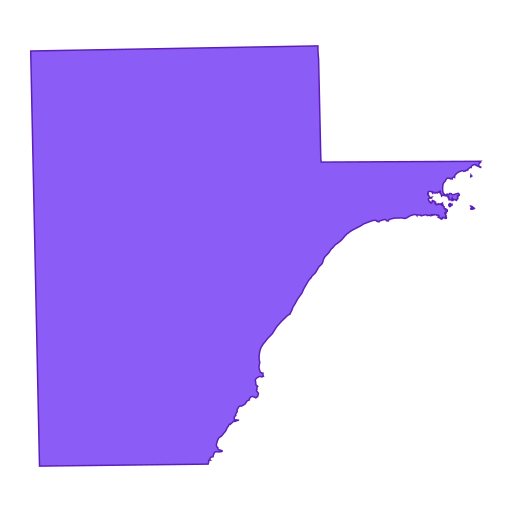 the district of Escalante, Chubut, Argentina
{"feature_id": "61730980B51244903644877", "entity_name": "Escalante", "entity_type": "district", "adm_level": 2, "iso_a3": "ARG", "parent_name": "Argentina", "parent_adm1": "Chubut", "projection": "albers", "projection_center": [-67.016, -45.339], "detail": "fine", "context": "isolated", "style": "filled", "palette": "violet", "viewbox_px": 512, "rotation_deg": 0, "n_neighbors": 0, "source": "geoboundaries", "source_scale": "gbopen_adm2", "svg_char_len": 6127}
<svg xmlns="http://www.w3.org/2000/svg" viewBox="0 0 512 512"><path d="M30.7,51.0L39.5,466.1L208.1,464.1L208.7,462.0L208.7,460.4L209.4,460.1L210.3,460.1L209.9,459.7L209.9,458.8L210.2,458.1L210.9,457.2L213.1,456.7L213.3,455.3L214.1,453.2L214.7,452.3L215.8,451.7L218.2,451.9L221.2,451.7L222.2,451.1L221.9,450.6L218.5,449.6L217.9,448.9L217.9,447.7L216.8,446.8L216.4,445.2L216.4,444.3L217.5,440.6L218.5,438.4L219.1,437.5L221.0,436.5L221.7,435.8L225.8,430.8L227.3,427.4L228.3,426.3L229.1,424.4L229.7,424.0L230.2,424.4L233.9,421.0L234.4,420.9L234.7,421.4L236.3,421.0L236.8,420.5L238.0,420.4L238.4,420.2L238.5,419.4L238.4,420.1L237.9,420.4L236.5,420.3L236.6,419.9L235.9,419.9L235.9,420.2L234.8,420.1L234.4,419.2L234.2,417.8L234.7,416.4L235.8,415.6L235.6,414.6L235.8,414.0L237.2,411.6L237.1,410.8L237.1,409.9L238.7,406.9L240.0,406.0L241.6,406.1L245.0,404.1L247.2,400.8L249.3,400.0L249.6,398.3L251.2,396.7L252.3,396.4L255.1,397.4L255.8,397.9L256.4,397.5L256.6,397.0L257.7,396.6L258.0,394.7L258.4,394.1L258.4,393.8L258.1,392.7L256.7,391.2L256.5,390.1L257.0,389.4L256.8,387.8L257.7,386.3L256.4,385.3L255.8,384.4L255.7,382.0L255.3,380.8L255.4,379.9L256.2,378.4L259.1,376.5L259.7,376.4L261.9,377.0L262.9,376.3L263.4,376.3L262.9,374.6L263.0,373.2L261.9,373.2L261.6,372.7L260.4,372.3L259.8,370.9L259.0,367.7L259.2,365.0L259.8,362.5L259.1,358.9L259.2,354.9L259.8,351.3L260.3,349.4L261.5,346.6L263.5,343.6L265.1,341.8L267.3,338.8L272.4,333.6L276.7,326.7L281.3,321.5L287.4,315.6L289.3,314.4L289.9,314.2L292.3,309.1L292.9,307.1L295.1,303.7L297.8,298.7L301.8,293.3L304.0,288.4L308.3,281.0L309.6,279.2L311.0,277.9L311.9,276.2L315.5,272.7L318.9,266.8L321.6,264.2L322.5,262.9L323.5,259.3L324.8,256.9L328.9,252.6L331.0,249.3L332.8,247.7L335.4,244.6L337.4,243.4L341.2,240.3L343.9,237.3L344.3,236.4L345.5,235.6L346.7,234.0L348.3,233.1L349.3,232.1L352.6,230.0L361.1,225.6L363.7,223.9L371.6,220.9L374.6,220.2L376.2,220.5L376.7,221.1L377.5,221.1L377.5,221.5L377.8,221.7L379.1,221.8L379.5,221.1L380.6,220.6L384.5,219.5L385.6,219.6L386.4,220.7L388.0,220.9L387.9,220.7L388.6,220.0L390.6,219.0L394.6,218.1L401.7,217.9L404.7,218.5L406.5,218.0L410.5,215.6L414.3,214.5L416.6,214.9L417.0,215.6L417.1,215.2L417.5,215.0L419.5,215.0L420.9,215.3L420.8,215.6L421.3,215.8L425.7,214.7L426.5,214.9L427.0,215.5L427.4,215.5L427.4,215.3L427.9,215.1L428.5,215.4L430.0,215.3L430.4,215.7L431.0,215.7L431.2,215.3L431.8,215.0L431.7,214.7L432.3,214.8L432.4,215.2L432.6,215.1L432.5,214.8L432.7,214.6L433.9,215.1L434.2,214.9L434.2,214.6L434.6,214.6L436.5,214.8L436.7,215.0L436.9,215.5L437.6,215.7L437.8,215.7L437.7,215.2L438.0,215.1L438.8,215.4L439.1,216.0L438.9,216.4L438.9,217.2L438.5,217.4L440.2,218.2L440.5,218.1L440.8,218.9L441.2,219.0L441.7,218.5L442.0,218.9L442.5,218.1L442.5,217.5L443.0,217.4L443.7,217.8L444.2,217.7L445.1,218.2L445.4,218.1L445.4,218.4L446.3,218.3L446.5,217.6L445.6,216.6L446.1,216.3L445.9,215.8L446.1,215.3L445.0,213.9L445.4,213.6L445.0,213.6L444.9,212.8L445.6,212.2L446.0,212.4L446.2,212.2L446.0,211.9L447.0,211.5L446.8,211.2L447.3,210.8L447.3,210.0L446.3,210.3L445.7,210.0L445.4,209.5L446.0,209.0L445.9,208.8L444.4,208.7L444.1,207.5L444.2,206.8L443.0,205.9L442.9,205.0L442.0,205.5L441.5,205.1L441.3,204.6L441.5,204.3L442.0,204.4L442.3,204.1L442.4,203.1L441.6,203.6L441.0,204.3L440.2,203.9L440.1,204.0L440.5,204.3L439.5,204.1L439.2,204.2L438.6,203.7L438.0,204.3L437.4,204.1L436.8,204.7L436.6,204.4L436.0,204.5L435.8,204.3L435.8,203.8L435.4,203.9L435.0,203.6L435.2,202.5L435.5,202.5L435.6,202.2L434.4,201.6L433.9,200.9L433.1,201.0L432.6,200.4L432.3,200.5L432.5,201.2L432.3,201.9L431.9,202.5L431.1,202.2L431.4,202.8L430.8,203.1L430.4,202.2L429.4,201.9L429.0,200.6L428.4,199.9L428.4,198.8L429.7,198.2L431.4,198.1L431.3,197.8L431.7,197.3L430.3,197.7L429.1,196.5L428.9,195.6L428.5,195.4L428.2,194.6L427.8,194.6L427.7,193.9L428.1,193.6L427.7,193.4L427.8,193.0L428.1,192.6L428.3,191.8L430.1,191.3L431.8,191.8L432.7,193.1L432.8,192.7L432.6,192.8L432.6,192.5L432.8,192.0L433.7,192.2L433.8,192.6L434.4,192.9L435.4,193.1L436.0,192.6L437.2,192.9L437.3,192.3L438.2,192.5L440.0,191.0L440.3,191.2L440.3,192.0L439.7,192.6L440.3,193.1L441.2,194.5L441.6,196.1L442.0,195.7L441.8,195.6L442.0,195.3L442.9,195.2L445.4,195.8L446.7,195.7L446.8,196.0L447.3,195.9L448.5,196.6L448.9,197.4L448.2,197.8L448.9,198.2L448.9,199.3L449.1,199.9L450.0,199.6L450.7,199.9L451.8,199.8L452.0,200.0L452.0,200.6L452.6,200.5L451.8,199.0L452.1,198.0L452.4,198.8L453.5,199.3L453.7,199.8L455.2,199.6L455.8,200.1L456.2,199.8L456.5,200.3L456.7,200.1L456.6,199.6L457.0,199.0L457.6,199.0L457.9,198.4L457.9,197.9L457.5,197.4L457.4,197.0L457.8,196.6L457.5,196.4L457.5,196.0L458.6,195.7L458.6,195.2L459.0,194.9L459.3,195.0L459.3,194.4L459.7,194.3L458.8,194.1L458.2,193.3L453.1,194.7L452.4,194.7L451.4,194.1L451.3,193.7L449.9,193.4L448.9,194.5L447.0,194.1L446.0,195.0L445.5,195.1L444.6,194.6L443.2,192.8L442.8,191.4L442.6,188.8L442.9,184.8L443.8,182.6L445.2,181.2L446.5,178.8L447.9,177.9L449.1,178.4L449.9,178.2L450.5,178.9L451.2,178.6L452.1,179.0L452.2,178.1L453.0,177.3L454.3,177.0L454.6,177.3L454.8,175.3L457.0,173.1L458.5,172.1L461.6,170.8L463.1,170.8L463.9,171.4L464.9,170.9L465.5,171.0L465.6,170.6L466.1,170.2L467.1,170.4L468.0,169.8L468.0,169.2L469.3,168.0L470.0,167.6L471.2,167.5L471.1,166.6L471.5,166.1L473.4,164.8L473.8,164.9L474.4,164.5L475.6,164.5L476.2,165.0L476.1,165.5L477.0,165.7L480.4,167.4L481.3,167.5L479.1,166.2L478.7,165.7L478.9,163.9L479.2,163.5L479.7,163.6L479.4,163.4L479.4,163.0L480.3,162.6L479.9,162.3L479.9,161.9L480.6,161.3L321.2,162.1L320.8,158.5L318.6,59.0L318.0,52.2L317.9,45.9L170.8,48.5L30.7,51.0ZM471.8,206.6L471.3,206.2L470.7,206.1L471.1,206.9L471.8,207.2L472.3,207.8L471.9,208.5L470.8,208.6L470.7,208.9L470.9,209.2L472.6,209.2L473.9,208.8L474.4,208.3L473.3,207.6L472.3,206.6L471.8,206.6ZM450.9,204.3L450.0,203.4L449.5,203.6L449.7,204.4L450.8,205.4L451.5,205.6L452.1,205.0L452.1,204.2L450.9,204.3ZM449.9,206.7L450.2,206.5L450.3,206.2L449.5,205.1L448.8,204.9L448.8,205.4L449.2,205.7L449.3,206.4L449.9,206.7ZM471.2,175.9L470.9,175.1L470.8,175.5L471.0,176.1L470.7,176.5L470.8,176.8L471.3,176.3L472.4,176.0L471.2,175.9Z" fill="#8b5cf6" stroke="#5b21b6" stroke-width="1.5"/></svg>